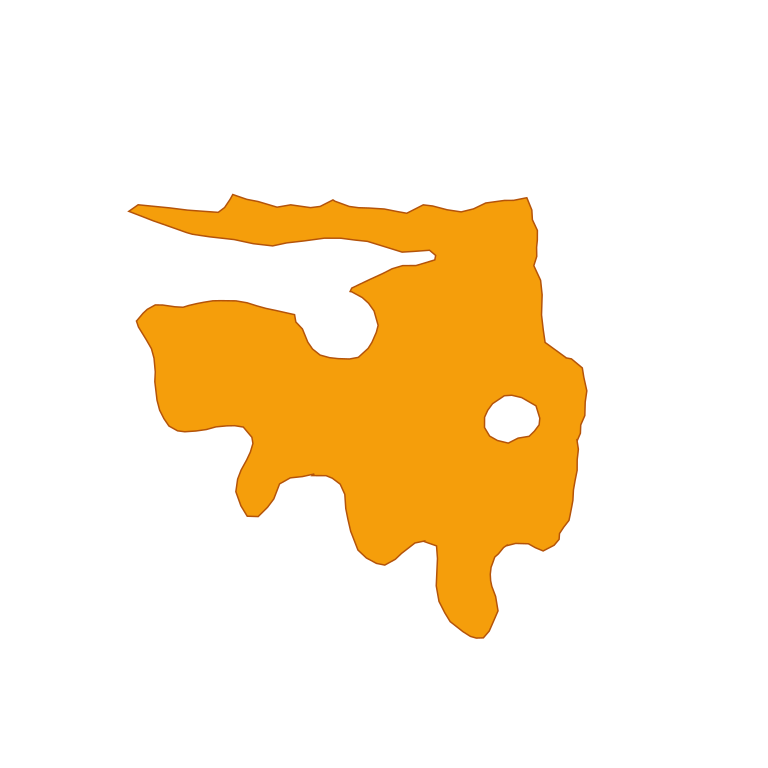 Yevlakh District, Yevlakh Rayon, Azerbaijan, rotated 333°
{"feature_id": "54616110B52362464060400", "entity_name": "Yevlakh District", "entity_type": "district", "adm_level": 2, "iso_a3": "AZE", "parent_name": "Azerbaijan", "parent_adm1": "Yevlakh Rayon", "projection": "orthographic", "projection_center": [47.034, 40.701], "detail": "fine", "context": "isolated", "style": "filled", "palette": "amber", "viewbox_px": 768, "rotation_deg": 333, "n_neighbors": 0, "source": "geoboundaries", "source_scale": "gbopen_adm2", "svg_char_len": 3196}
<svg xmlns="http://www.w3.org/2000/svg" viewBox="0 0 768 768"><g transform="rotate(333 384 384)"><path d="M335.3,146.5L330.7,149.6L322.1,154.4L314.2,155.8L299.8,147.1L287.9,139.9L273.0,129.8L246.3,112.7L235.0,114.3L236.1,115.5L252.9,134.3L266.3,148.3L276.8,159.4L281.4,163.7L295.3,173.6L316.1,187.3L331.2,199.6L347.5,210.4L361.4,214.1L377.4,220.1L397.1,227.0L411.7,234.5L423.7,242.7L434.0,249.4L451.1,266.0L460.0,274.7L470.3,279.2L485.3,285.5L488.4,292.9L485.6,296.5L466.3,293.0L454.4,287.0L443.7,285.0L432.9,285.0L418.7,284.4L407.8,284.1L398.8,283.9L395.8,286.2L397.2,287.3L398.2,288.8L403.9,297.1L406.9,305.0L408.3,314.4L405.4,329.1L400.6,334.5L392.2,341.4L386.0,345.1L379.4,346.9L373.2,348.6L364.5,346.0L354.7,340.6L347.4,335.8L340.2,329.2L336.2,320.4L335.1,312.1L336.3,297.9L333.6,288.7L335.8,281.6L330.2,277.0L321.4,269.7L313.2,263.1L306.1,256.6L298.9,249.5L289.8,242.7L276.5,235.7L269.3,232.2L260.7,229.4L253.8,227.4L245.7,225.4L239.8,224.4L232.8,220.3L222.7,213.2L216.1,209.7L207.0,210.0L201.4,211.6L192.4,215.4L192.0,215.5L191.8,217.1L191.1,221.7L192.3,236.7L192.8,247.0L190.8,256.6L185.7,269.4L180.9,277.8L178.5,284.3L174.4,295.4L172.2,305.5L172.2,314.1L172.2,314.9L172.2,315.1L173.3,323.8L178.8,332.0L184.8,336.1L195.1,340.5L205.0,343.9L214.8,345.9L225.1,350.0L232.1,353.4L239.1,358.5L242.1,371.5L240.2,377.5L234.0,384.0L227.2,389.3L217.6,395.8L210.4,402.3L203.1,412.7L201.2,427.6L202.1,439.7L211.7,445.0L224.2,441.0L233.6,436.4L245.6,425.6L257.9,425.1L269.4,429.5L281.0,432.5L278.6,433.1L290.8,439.4L295.2,444.5L299.5,453.4L299.0,464.5L293.4,477.6L290.5,487.9L287.4,500.3L287.2,502.7L285.4,520.1L289.3,531.0L295.8,540.4L302.5,545.7L314.6,545.3L322.7,542.9L339.4,539.7L348.2,542.1L347.9,542.2L357.3,552.1L352.4,563.8L345.3,576.3L338.9,587.6L335.9,597.4L334.3,602.7L334.3,615.6L335.1,625.8L341.9,640.5L346.4,648.1L350.9,652.3L353.3,653.4L357.3,655.3L365.6,651.9L376.2,643.2L382.6,637.9L387.0,624.0L388.2,613.2L389.7,607.7L392.3,601.8L396.2,595.9L399.7,592.7L404.1,588.5L408.8,587.3L416.3,584.0L420.1,583.5L419.9,583.8L428.9,585.8L440.1,591.9L444.5,598.5L450.0,605.0L462.4,604.9L469.5,601.9L472.5,596.9L479.2,593.1L486.9,589.5L490.3,585.3L496.0,578.0L499.5,573.4L504.7,564.4L510.4,556.8L516.9,548.6L521.8,539.1L526.0,532.8L527.6,530.3L529.6,524.2L530.5,521.5L530.8,521.9L536.6,517.1L540.7,509.8L548.6,503.3L555.1,491.4L561.6,482.2L565.1,468.7L568.0,459.7L562.4,446.7L557.6,443.0L558.1,443.1L546.4,420.1L550.5,408.0L555.7,394.0L565.4,376.3L570.6,362.7L571.2,346.6L578.0,339.7L582.0,331.5L585.9,325.5L590.4,316.8L590.8,305.0L594.7,296.1L595.6,285.7L595.8,282.9L593.5,282.2L582.8,279.2L574.6,275.1L556.8,268.9L543.2,268.6L530.9,265.7L519.3,257.4L508.2,247.5L500.3,242.2L481.8,242.2L474.8,236.9L463.7,228.2L450.5,220.4L441.4,215.4L433.6,210.0L423.3,198.9L422.1,196.8L407.7,196.8L398.6,193.5L382.2,182.0L369.0,177.9L354.6,164.2L345.6,157.2L339.7,151.1L335.3,146.5ZM502.5,491.4L496.6,494.3L489.6,496.5L478.9,493.1L472.5,493.1L467.9,493.1L459.4,485.8L454.5,478.4L454.3,475.9L453.8,468.4L458.5,459.3L458.6,459.2L464.5,454.5L471.8,450.8L485.9,449.1L492.7,452.0L500.5,458.6L509.3,472.1L509.5,472.5L507.3,485.2L503.7,490.8L502.5,491.4Z" fill="#f59e0b" stroke="#b45309" stroke-width="1.5"/></g></svg>